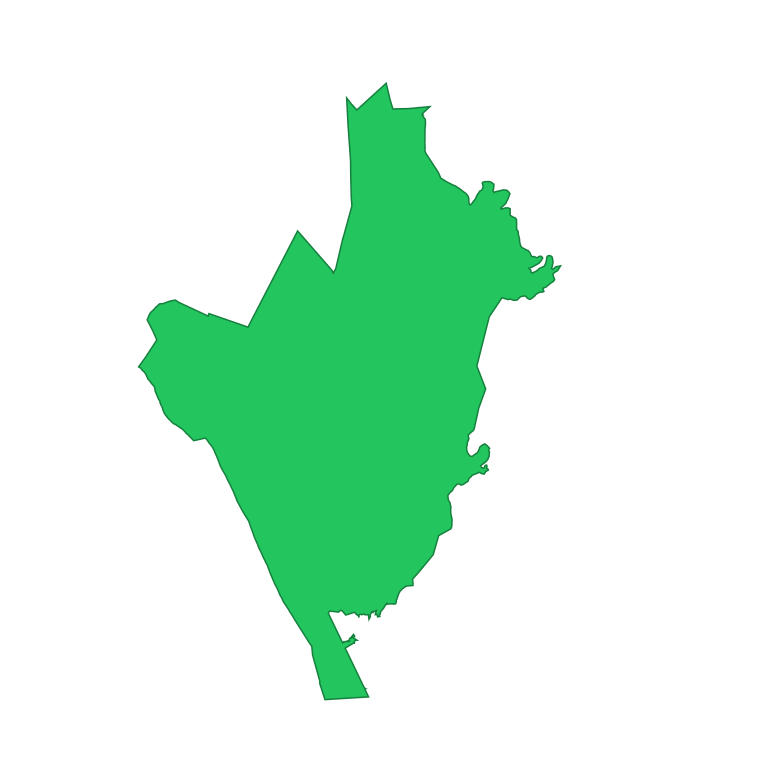 San Pedro Ixcatlán, Oaxaca, Mexico (Mercator projection), rotated 63°
{"feature_id": "50627088B26747164126633", "entity_name": "San Pedro Ixcatlán", "entity_type": "district", "adm_level": 2, "iso_a3": "MEX", "parent_name": "Mexico", "parent_adm1": "Oaxaca", "projection": "mercator", "projection_center": [-96.535, 18.166], "detail": "fine", "context": "isolated", "style": "filled", "palette": "green", "viewbox_px": 768, "rotation_deg": 63, "n_neighbors": 0, "source": "geoboundaries", "source_scale": "gbopen_adm2", "svg_char_len": 6170}
<svg xmlns="http://www.w3.org/2000/svg" viewBox="0 0 768 768"><g transform="rotate(63 384 384)"><path d="M638.4,579.9L655.8,539.8L647.1,539.6L647.2,538.9L647.0,539.1L646.1,539.2L644.7,539.5L607.9,538.6L601.8,538.6L601.4,534.4L601.2,530.8L601.0,529.0L601.5,528.2L600.5,527.5L599.3,525.9L600.0,524.4L596.1,526.5L595.4,524.6L593.3,524.8L594.3,527.3L595.2,526.8L595.5,528.1L594.9,528.8L595.3,530.3L596.3,531.3L597.3,531.2L597.4,532.5L596.8,532.4L596.4,532.7L596.3,533.4L596.6,533.7L595.8,535.7L595.9,536.5L595.4,536.8L595.9,537.7L595.9,538.4L563.0,537.7L561.6,535.6L565.6,529.5L566.2,528.7L566.6,527.9L566.0,525.5L566.6,524.6L567.2,524.1L568.6,523.9L572.5,523.0L573.9,514.6L574.5,513.6L575.2,513.3L576.5,513.4L578.2,512.4L578.2,511.7L580.0,512.3L580.1,512.0L578.3,511.1L578.4,509.8L579.6,508.3L579.6,506.5L580.8,506.0L582.6,502.6L583.4,503.0L586.8,504.2L585.5,502.4L585.4,502.0L583.1,500.8L582.2,499.4L581.4,497.8L582.6,497.6L582.2,496.5L582.3,493.7L585.5,496.5L586.1,494.9L588.6,495.4L589.2,493.3L588.2,493.3L587.5,492.1L585.2,490.1L583.7,486.3L581.3,482.7L580.5,480.1L581.7,482.4L581.6,481.3L581.9,480.1L582.6,478.8L583.6,476.3L584.5,475.4L584.7,474.5L585.1,473.9L584.7,472.8L583.8,472.1L582.2,471.2L581.2,469.8L580.2,468.9L579.0,467.6L577.6,466.2L576.7,464.8L575.7,463.4L575.7,462.9L574.8,460.5L574.2,456.2L574.9,453.8L575.4,452.8L576.7,449.7L574.9,448.7L570.8,447.1L567.4,438.3L558.4,417.6L543.9,404.1L543.4,390.3L542.3,388.9L541.5,388.2L540.7,387.8L539.8,387.1L537.8,386.2L536.4,385.2L534.2,384.4L532.9,384.2L528.5,382.8L526.9,381.9L525.7,381.4L524.3,380.3L519.2,379.0L518.2,379.3L516.1,379.2L512.5,377.8L512.0,377.1L510.7,374.5L510.4,372.7L509.8,371.1L507.9,368.6L507.3,366.4L506.7,365.5L506.5,364.7L506.9,362.6L507.5,362.0L509.1,361.3L509.5,358.7L509.1,356.3L508.8,353.3L507.5,351.9L506.6,350.7L506.0,348.1L505.4,347.0L505.4,346.2L506.1,338.9L508.1,337.8L509.8,335.5L508.2,333.2L508.1,330.1L507.0,330.0L505.6,330.9L504.0,329.5L502.8,329.4L502.5,330.5L503.0,331.6L503.8,332.5L504.3,333.7L502.6,335.0L501.7,335.2L500.9,335.1L500.4,334.0L500.4,333.1L500.2,332.7L500.0,330.7L499.8,330.1L499.5,328.3L497.9,325.1L497.2,324.5L496.3,323.2L495.0,322.6L493.3,321.4L492.2,320.8L491.1,321.2L490.2,320.5L489.3,319.1L485.4,320.2L483.1,321.4L483.0,324.4L483.8,327.4L485.4,328.9L486.3,330.0L487.7,332.3L487.8,333.8L488.2,336.5L488.5,337.5L488.1,339.1L487.6,339.7L486.9,340.1L484.4,340.7L481.8,340.6L480.5,340.3L477.8,339.1L476.2,337.6L474.7,336.8L473.4,335.8L472.8,334.6L472.1,334.1L471.3,333.1L470.2,333.0L468.7,332.6L467.7,331.9L467.4,331.0L467.1,330.0L466.7,328.9L466.2,326.2L465.3,324.3L448.7,310.7L434.5,295.6L410.1,293.1L371.9,259.7L360.7,239.7L362.8,237.6L364.0,236.2L365.2,235.0L365.5,233.1L368.3,230.5L369.1,228.7L369.6,226.9L368.8,225.0L368.3,223.1L368.6,221.1L369.2,219.2L370.2,217.8L372.2,217.5L373.6,216.7L374.9,215.4L374.8,213.5L374.1,209.9L373.3,208.5L373.0,206.5L372.9,204.4L373.2,202.5L374.1,201.2L374.1,199.5L370.8,199.1L371.2,195.5L370.6,193.6L370.3,191.6L369.8,190.0L369.7,188.0L369.3,186.0L368.4,184.5L364.7,184.1L362.8,183.6L362.1,182.1L361.8,177.7L358.9,173.1L357.5,177.8L358.5,180.8L358.3,181.8L357.1,182.2L356.4,181.4L355.0,180.2L351.9,177.9L348.0,176.7L346.7,176.6L345.5,177.4L344.7,178.3L344.2,179.6L344.5,180.7L345.0,181.4L346.1,182.2L347.5,183.0L349.9,185.2L351.5,187.2L351.8,188.1L351.7,191.0L351.5,193.2L352.0,194.3L352.7,197.7L352.5,198.5L352.4,201.4L351.5,202.2L349.0,201.5L347.7,202.1L346.6,202.3L346.6,201.4L347.1,199.7L346.8,191.2L346.0,189.1L345.3,187.7L343.8,185.4L341.9,185.7L341.1,186.7L340.7,188.1L341.1,189.9L340.4,191.0L339.1,191.9L338.4,192.6L338.3,193.7L337.3,194.5L335.3,194.5L333.2,194.4L330.5,195.0L329.4,196.1L324.8,199.3L323.1,199.4L320.7,199.1L318.3,198.3L315.7,197.2L312.3,196.5L311.0,196.0L308.6,195.2L306.3,195.8L305.5,195.0L303.9,194.4L300.4,192.6L297.6,191.3L295.8,191.5L294.0,193.1L290.9,195.0L290.0,194.6L289.3,194.1L285.0,192.0L283.1,193.9L282.2,196.1L281.7,198.5L281.1,200.3L280.2,200.0L279.5,197.2L278.3,193.2L277.0,192.0L276.1,190.3L271.6,185.4L269.4,185.7L267.3,186.5L266.1,188.0L265.1,189.9L263.9,195.2L263.2,197.7L263.5,198.8L261.7,199.4L259.8,197.8L257.9,196.5L256.0,195.4L254.2,196.2L252.6,197.1L251.4,198.3L249.8,201.6L249.2,203.5L249.1,204.7L249.9,205.4L251.7,205.6L253.4,206.2L254.8,207.6L255.7,209.3L255.6,211.3L256.7,212.8L257.4,214.5L261.0,219.2L261.8,221.5L262.7,223.0L263.7,225.4L262.9,226.4L260.5,225.8L257.2,224.2L254.5,223.8L251.4,224.5L248.2,226.2L245.0,227.6L240.3,230.3L237.5,232.6L231.5,236.9L226.1,240.0L223.4,239.7L220.4,239.6L216.7,239.9L197.3,242.0L194.8,241.7L192.1,240.1L187.8,238.2L184.6,236.4L180.7,234.5L175.3,231.6L172.6,229.9L169.8,228.3L167.0,227.1L163.1,227.8L162.0,227.7L162.1,227.0L160.8,227.4L160.0,225.2L157.7,217.2L152.9,229.1L152.0,231.6L148.8,239.3L148.5,239.6L143.0,251.2L134.0,249.6L117.0,245.5L127.5,283.8L119.2,286.1L112.2,287.4L136.3,298.2L170.3,312.6L181.1,318.0L203.0,328.5L210.8,331.8L233.0,352.0L235.5,354.5L259.3,374.6L262.2,378.9L259.4,378.7L208.4,391.5L271.6,479.4L241.8,508.0L243.7,509.8L218.2,529.7L214.5,531.8L213.3,535.7L212.6,539.6L212.1,544.4L210.7,547.5L212.0,552.5L213.4,556.0L214.3,559.5L216.0,562.1L217.4,563.6L219.3,565.9L232.1,565.9L241.6,566.4L252.0,584.5L257.3,594.9L259.3,593.6L262.1,593.1L265.2,592.0L267.3,591.8L270.3,591.9L272.4,592.1L274.8,591.4L278.5,590.8L282.3,589.8L286.9,591.2L290.4,591.4L295.3,591.8L297.5,591.5L298.9,592.0L301.7,592.3L303.2,592.1L306.5,592.7L309.5,593.0L310.8,593.0L315.0,592.3L317.1,591.8L323.5,589.7L325.4,588.2L327.1,587.3L328.6,586.3L331.1,585.2L332.6,584.2L335.7,583.1L337.9,582.7L340.2,581.7L348.1,579.3L351.1,567.7L354.4,566.9L357.4,566.6L361.6,565.6L366.2,565.5L369.2,565.8L373.9,566.0L382.4,567.0L385.3,567.1L394.4,566.6L397.8,566.9L403.0,566.8L407.1,567.0L411.4,567.0L421.8,568.0L433.9,567.7L445.0,566.8L451.0,567.7L454.9,568.1L462.2,569.1L470.6,569.5L470.9,569.7L474.4,570.0L476.6,569.9L484.8,570.3L492.8,570.3L500.9,571.3L509.7,571.9L512.5,572.1L517.7,572.0L521.5,572.2L523.0,572.4L525.0,572.5L527.9,572.3L532.5,572.5L540.8,571.5L544.8,571.3L546.8,571.0L557.4,570.2L573.6,568.7L579.3,568.2L585.1,567.5L593.1,570.7L619.6,576.1L621.6,577.2L638.4,579.9Z" fill="#22c55e" stroke="#15803d" stroke-width="1.5"/></g></svg>